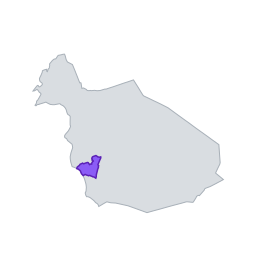 Gouré, Zinder, Niger shown in context, rotated 71°
{"feature_id": "23599985B20082731758941", "entity_name": "Gouré", "entity_type": "district", "adm_level": 2, "iso_a3": "NER", "parent_name": "Niger", "parent_adm1": "Zinder", "projection": "natural_earth1", "projection_center": [10.132, 14.056], "detail": "fine", "context": "in_parent", "style": "filled", "palette": "violet", "viewbox_px": 256, "rotation_deg": 71, "n_neighbors": 0, "source": "geoboundaries", "source_scale": "gbopen_adm2", "svg_char_len": 4342}
<svg xmlns="http://www.w3.org/2000/svg" viewBox="0 0 256 256"><g transform="rotate(71 128 128)"><path d="M192.7,181.2L190.7,181.2L189.5,181.7L187.9,183.0L186.3,183.5L184.2,184.7L182.9,185.6L181.7,186.3L180.0,188.1L179.5,189.5L177.8,189.8L175.5,189.6L174.0,188.2L170.5,186.7L168.3,186.2L167.2,186.0L162.0,185.7L156.3,186.3L153.5,187.0L153.0,187.1L151.3,188.0L150.0,188.9L146.3,193.4L141.5,193.2L138.7,192.7L136.3,192.0L132.9,190.0L128.7,186.8L127.0,186.4L125.6,186.2L125.1,186.2L120.1,189.3L119.1,189.3L117.9,189.6L117.1,190.4L116.6,190.8L116.0,190.8L115.2,190.7L114.4,190.2L113.6,189.3L111.6,185.8L111.2,185.2L110.3,184.2L108.8,182.6L107.8,181.8L107.2,181.6L106.5,181.8L102.4,180.4L98.4,178.9L97.5,179.1L96.9,179.4L95.5,180.5L93.9,180.7L91.8,180.6L90.6,180.5L88.8,180.8L87.6,181.2L86.0,182.0L83.9,184.0L83.3,184.2L82.8,184.6L82.0,190.0L81.4,191.7L80.4,193.8L78.3,195.9L76.8,197.2L76.8,198.9L76.7,201.6L76.6,203.5L76.7,204.8L76.5,205.4L76.4,205.9L76.5,206.7L76.8,207.1L77.0,207.6L76.9,208.0L76.2,208.5L75.4,207.3L74.5,206.4L73.5,206.0L72.7,205.4L72.4,204.5L71.0,202.8L67.9,199.4L67.6,199.3L67.0,199.2L66.1,199.6L65.6,200.1L65.2,200.3L64.6,200.4L63.1,200.8L61.9,201.4L61.9,201.8L62.4,204.4L62.1,205.8L61.6,205.1L59.9,202.5L58.7,200.6L58.5,200.2L58.3,199.5L58.5,199.2L58.9,199.0L60.0,198.8L60.2,198.6L60.3,198.0L60.1,197.1L59.5,195.7L58.9,194.8L58.6,194.7L57.9,194.6L57.2,194.8L55.8,195.8L55.2,196.0L53.9,196.0L52.6,195.7L51.9,195.2L49.7,193.0L47.2,190.8L46.2,190.4L46.0,190.2L45.8,188.5L45.9,186.4L46.0,185.8L47.0,186.2L48.1,186.3L48.5,185.9L47.6,185.2L46.4,184.4L45.9,183.3L45.6,182.9L45.0,182.5L44.3,182.3L43.7,181.9L43.3,181.6L42.5,181.5L41.8,181.2L40.7,179.4L39.6,177.6L39.0,176.1L38.8,175.3L39.1,173.8L38.8,173.3L37.6,171.8L36.6,170.4L36.9,168.3L37.1,166.5L37.1,165.4L37.3,164.8L37.4,164.1L38.1,163.9L39.8,163.9L43.1,164.2L45.8,163.8L47.8,161.9L49.9,159.9L53.0,159.7L56.4,159.5L59.0,159.4L62.9,159.2L66.0,159.1L69.6,158.9L69.8,158.0L70.0,157.8L70.3,157.8L73.0,158.3L75.5,158.7L75.7,157.0L77.9,154.9L79.1,154.4L79.4,154.0L79.8,153.3L80.1,152.2L80.2,151.4L80.7,150.7L81.0,149.5L81.5,147.4L82.7,145.1L83.5,142.1L83.6,139.1L83.7,136.9L84.1,136.4L84.1,132.4L84.2,128.4L84.2,125.0L84.2,120.8L84.2,117.1L84.3,113.1L84.3,109.5L84.3,107.2L86.8,106.6L89.4,106.0L93.2,105.1L97.4,104.2L101.8,103.2L102.9,102.6L106.3,99.1L107.8,97.6L110.9,94.5L113.2,92.1L116.2,89.1L119.4,86.0L121.9,83.6L125.9,80.8L131.8,76.7L137.8,72.5L143.7,68.3L149.7,64.2L155.6,60.0L161.5,55.8L167.4,51.7L173.3,47.5L179.3,49.1L184.9,50.6L190.6,52.1L192.0,52.9L195.0,55.9L198.9,59.7L199.1,59.7L199.3,59.8L203.0,57.5L207.8,54.6L209.1,62.5L210.1,69.3L210.2,73.6L210.3,74.7L210.7,75.5L211.6,76.2L215.2,82.5L214.5,83.6L215.0,85.5L216.0,86.3L219.0,90.0L219.4,90.8L219.2,91.4L217.2,95.7L216.8,96.8L216.5,102.4L216.2,106.3L215.8,111.7L215.4,118.1L215.1,123.6L214.6,130.8L214.2,137.6L211.2,141.3L205.8,148.0L201.5,153.4L199.3,157.0L195.0,164.0L193.1,168.6L191.6,171.0L190.9,172.0L191.5,175.4L192.7,181.2Z" fill="#d9dde1" stroke="#a8b0b8" stroke-width="1"/><path d="M143.6,170.1L143.7,170.7L143.9,171.2L144.2,171.4L144.8,172.1L145.1,172.1L145.8,171.9L146.4,172.5L146.5,172.4L147.4,171.7L148.0,171.6L148.3,172.4L148.7,173.0L148.8,173.0L149.7,174.1L150.2,174.1L150.2,174.4L150.0,175.1L149.8,175.5L150.1,176.1L150.1,176.3L149.0,176.6L148.2,176.8L147.8,176.9L147.7,177.1L147.3,177.8L147.4,178.1L147.4,178.4L147.4,179.1L147.3,179.4L147.4,181.3L147.3,181.7L146.4,182.4L146.6,183.5L146.6,184.6L146.7,185.1L147.4,186.0L147.7,186.7L148.0,187.6L148.3,188.4L148.5,188.8L149.3,189.4L149.7,189.7L150.1,189.3L150.5,188.7L150.8,188.3L151.1,188.2L151.7,187.8L152.5,187.3L153.2,187.0L154.3,187.0L155.1,186.9L156.1,186.9L156.9,186.5L157.4,186.3L158.4,185.8L158.2,184.9L158.0,184.1L157.9,183.7L158.0,183.5L158.7,182.9L159.0,182.5L159.2,182.3L159.8,181.4L160.3,180.9L160.3,180.3L160.4,179.5L161.4,178.6L161.7,178.1L162.2,177.6L162.7,177.2L162.8,176.9L163.1,176.4L163.4,176.0L164.0,175.5L164.9,174.9L165.0,174.8L164.5,174.4L163.8,173.9L163.2,173.7L162.2,173.3L161.0,172.6L158.9,171.2L157.3,170.2L156.3,169.4L155.9,168.9L155.1,168.8L154.4,168.2L154.0,168.0L153.5,168.3L152.9,168.4L152.2,167.8L151.6,167.3L150.5,166.3L148.9,164.9L147.7,163.7L146.9,163.3L146.7,163.2L146.4,163.2L146.4,164.3L145.7,165.5L145.6,165.8L144.2,166.8L143.6,167.3L143.6,170.1Z" fill="#8b5cf6" stroke="#5b21b6" stroke-width="1.5"/></g></svg>